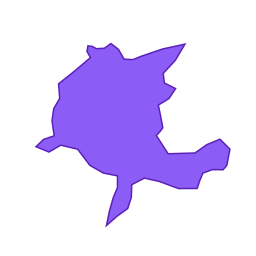 the District of Ağdam, rotated 346°
{"feature_id": "AZE-1691", "entity_name": "Ağdam", "entity_type": "District", "adm_level": 1, "iso_a3": "AZE", "parent_name": "Azerbaijan", "parent_adm1": "", "projection": "equal_earth", "projection_center": [47.008, 40.009], "detail": "fine", "context": "isolated", "style": "filled", "palette": "violet", "viewbox_px": 256, "rotation_deg": 346, "n_neighbors": 0, "source": "natural_earth", "source_scale": "10m", "svg_char_len": 1057}
<svg xmlns="http://www.w3.org/2000/svg" viewBox="0 0 256 256"><g transform="rotate(346 128 128)"><path d="M45.5,132.2L34.2,123.9L40.9,120.0L43.5,118.6L54.5,117.7L56.0,102.6L60.6,91.3L68.9,82.7L71.3,68.4L74.4,66.9L76.4,66.0L88.5,60.5L108.6,50.6L106.8,44.0L106.7,43.9L109.0,38.6L113.0,40.1L116.5,43.4L124.4,44.9L131.8,41.9L137.8,49.4L140.8,60.2L149.1,62.8L152.5,62.4L152.9,62.3L158.1,61.6L180.7,59.7L203.5,60.4L190.4,73.7L175.4,83.5L174.2,93.1L183.7,101.3L174.9,109.3L172.9,110.0L171.9,110.3L163.0,113.1L162.5,124.6L161.8,136.3L157.8,139.5L153.7,142.1L160.7,162.7L186.7,168.4L187.0,168.4L200.5,163.2L214.5,161.1L221.8,173.2L215.0,187.9L212.6,189.9L210.1,191.5L205.3,190.2L199.8,188.8L191.6,189.7L189.7,189.9L188.5,191.6L186.5,194.3L184.7,196.7L180.5,203.4L162.4,199.0L145.0,187.2L131.7,180.6L117.9,183.9L114.5,196.0L108.2,206.1L95.7,211.1L83.5,217.4L89.2,205.6L89.8,204.3L96.0,193.5L96.9,191.9L103.4,183.2L106.2,171.9L93.1,165.7L88.1,160.9L81.9,155.0L80.0,150.4L74.0,136.4L58.6,128.4L45.5,132.2Z" fill="#8b5cf6" stroke="#5b21b6" stroke-width="1.5"/></g></svg>